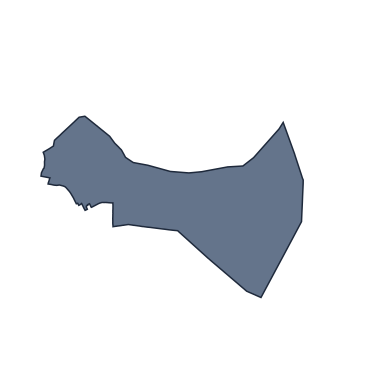 the district of Al Hali, Al Hudaydah, Yemen, rotated 325°
{"feature_id": "15242507B48725764908659", "entity_name": "Al Hali", "entity_type": "district", "adm_level": 2, "iso_a3": "YEM", "parent_name": "Yemen", "parent_adm1": "Al Hudaydah", "projection": "mercator", "projection_center": [42.962, 14.788], "detail": "fine", "context": "isolated", "style": "filled", "palette": "slate", "viewbox_px": 384, "rotation_deg": 325, "n_neighbors": 0, "source": "geoboundaries", "source_scale": "gbopen_adm2", "svg_char_len": 2786}
<svg xmlns="http://www.w3.org/2000/svg" viewBox="0 0 384 384"><g transform="rotate(325 192 192)"><path d="M92.9,74.1L92.1,77.2L90.4,80.6L89.2,81.9L88.6,82.5L86.5,85.6L84.5,87.6L83.8,87.6L79.7,89.9L77.4,92.4L82.8,98.0L83.3,98.6L83.7,99.0L83.1,99.3L81.6,100.6L79.5,102.1L78.7,102.9L81.0,105.1L81.7,105.9L82.9,107.2L83.0,107.3L84.9,108.9L85.2,109.1L87.4,110.2L90.2,113.5L91.2,115.3L91.3,116.0L91.9,121.4L91.9,123.2L91.9,123.7L91.8,124.4L91.8,124.7L91.5,128.5L91.5,128.8L91.4,129.4L91.3,129.9L91.0,131.7L90.5,135.3L91.1,135.5L91.9,135.7L91.6,138.0L93.1,138.2L93.3,138.2L94.9,138.1L95.0,138.1L94.9,138.6L94.8,139.0L94.8,139.3L94.5,141.3L94.5,141.5L94.4,141.9L94.3,142.4L94.3,142.6L94.2,143.0L94.1,143.9L94.1,144.2L94.0,144.7L93.9,145.7L95.0,145.9L95.3,146.0L96.2,146.1L96.4,146.1L96.5,145.4L96.7,144.4L96.7,144.1L96.8,143.9L96.9,143.6L97.3,143.1L97.5,142.9L97.9,142.9L98.1,143.0L99.0,143.1L99.1,142.5L99.3,142.5L100.7,142.7L101.2,142.7L101.3,143.0L101.2,143.2L101.2,143.5L101.2,143.9L101.1,144.2L101.0,144.6L100.9,145.3L100.8,146.0L100.8,146.3L100.7,146.8L100.9,146.9L101.5,147.0L104.7,147.4L106.2,147.6L106.4,147.6L106.9,147.7L108.0,147.8L109.6,148.1L110.1,148.2L111.2,148.6L111.6,148.7L111.9,148.8L112.2,148.9L112.5,149.1L114.0,150.2L115.5,151.2L115.6,151.4L115.9,151.5L116.6,152.1L116.8,152.3L117.5,152.9L119.0,154.1L119.4,154.4L120.5,155.3L120.9,155.5L119.7,157.5L119.4,157.9L119.1,158.3L119.0,158.5L118.4,159.3L117.8,160.2L117.6,160.4L116.9,161.4L116.6,161.7L116.0,162.6L115.4,163.4L114.9,164.3L114.5,164.7L114.0,165.4L113.5,166.1L113.3,166.4L113.0,166.8L112.9,166.9L112.4,167.6L112.0,168.1L111.7,168.5L111.3,169.2L111.1,169.4L110.9,169.7L110.4,170.5L109.3,172.0L108.5,173.3L107.9,174.4L107.4,175.1L109.2,176.0L109.4,176.1L110.9,176.9L111.2,177.0L112.3,177.6L114.0,178.5L116.5,179.7L116.9,180.0L117.2,180.1L121.2,182.1L124.2,184.9L125.3,186.0L125.5,186.1L128.0,188.4L128.4,188.8L129.2,189.5L131.4,191.7L132.4,192.5L135.2,195.1L138.0,197.5L138.3,197.8L147.1,205.8L147.6,206.2L151.3,209.6L154.8,212.7L158.1,215.5L158.3,216.7L167.1,255.1L168.5,260.6L179.9,304.7L188.0,318.0L194.3,314.8L236.0,293.7L264.7,279.1L270.2,271.9L276.6,263.6L280.0,259.1L288.0,248.7L290.0,245.9L290.4,244.0L291.5,240.5L297.4,221.0L297.9,219.5L300.7,209.1L306.2,188.8L306.6,187.3L299.4,190.3L262.2,199.2L248.6,199.9L235.6,191.9L211.5,180.9L200.4,174.6L186.0,162.7L171.2,144.8L167.0,140.5L166.0,139.5L160.8,134.2L160.5,133.5L157.6,126.0L157.4,125.4L157.9,121.3L157.9,121.0L158.2,118.5L158.3,116.8L157.8,114.2L157.7,113.1L157.5,112.1L156.7,107.8L156.5,99.1L154.5,92.1L148.8,72.2L147.8,68.8L147.7,68.5L142.4,66.0L132.2,67.5L118.6,69.4L117.0,69.7L115.5,69.9L112.2,70.3L109.0,70.8L107.6,72.1L105.5,74.2L104.8,74.9L103.8,74.8L100.6,74.7L99.0,74.6L92.9,74.1Z" fill="#64748b" stroke="#1e293b" stroke-width="1.5"/></g></svg>